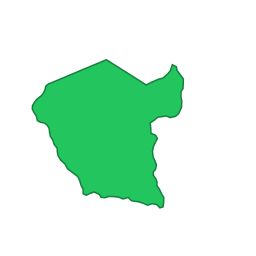 the district of Poloni, São Paulo, Brazil, rotated 142°
{"feature_id": "56859067B23679759476015", "entity_name": "Poloni", "entity_type": "district", "adm_level": 2, "iso_a3": "BRA", "parent_name": "Brazil", "parent_adm1": "São Paulo", "projection": "mercator", "projection_center": [-49.819, -20.742], "detail": "fine", "context": "isolated", "style": "filled", "palette": "green", "viewbox_px": 256, "rotation_deg": 142, "n_neighbors": 0, "source": "geoboundaries", "source_scale": "gbopen_adm2", "svg_char_len": 1314}
<svg xmlns="http://www.w3.org/2000/svg" viewBox="0 0 256 256"><g transform="rotate(142 128 128)"><path d="M54.1,150.6L59.2,147.1L63.5,146.2L69.6,145.8L73.7,147.6L81.7,149.7L87.1,150.6L103.0,195.1L127.4,201.8L163.9,211.7L167.2,211.5L169.7,209.3L172.8,207.8L176.3,206.8L182.0,206.8L186.0,205.8L189.5,204.4L191.8,201.8L192.5,198.4L192.8,194.0L194.8,189.7L193.6,186.7L190.7,183.2L189.9,179.5L190.5,176.0L192.4,173.1L194.4,169.0L194.7,164.8L196.3,160.4L196.3,155.5L198.2,153.1L200.1,149.4L200.8,144.0L199.8,138.3L200.8,133.1L199.3,127.7L197.5,120.8L198.5,116.1L200.3,111.6L201.2,107.2L203.8,103.8L202.3,100.7L198.7,100.0L194.1,98.4L191.5,93.3L191.8,89.8L189.2,87.4L184.9,85.6L181.0,82.3L177.7,78.9L175.6,75.1L170.6,73.1L170.1,68.8L168.0,66.2L165.1,63.4L162.2,59.1L160.1,55.1L155.6,53.5L152.5,50.1L152.0,45.4L149.0,44.3L145.7,47.4L142.5,51.4L142.2,54.9L141.0,60.0L140.6,65.1L138.4,67.5L137.3,70.9L137.1,75.2L135.2,77.7L131.6,78.6L128.3,81.5L126.9,85.8L126.0,89.8L123.1,94.5L119.4,97.7L114.9,100.0L111.2,101.7L110.7,105.4L113.2,109.6L110.4,113.5L107.4,118.3L102.7,118.0L97.9,118.2L94.4,116.1L90.5,114.0L88.2,110.1L83.3,107.9L79.2,108.2L73.0,111.4L68.9,116.3L67.0,120.1L63.7,124.1L60.4,125.2L57.1,129.0L54.2,132.5L54.0,137.6L53.9,143.2L52.2,146.4L54.1,150.6Z" fill="#22c55e" stroke="#15803d" stroke-width="1.5"/></g></svg>